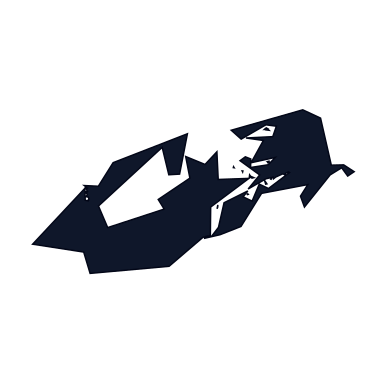 outline of Chepigana, Darién, Panama, rotated 85°
{"feature_id": "35544464B97743116241572", "entity_name": "Chepigana", "entity_type": "district", "adm_level": 2, "iso_a3": "PAN", "parent_name": "Panama", "parent_adm1": "Darién", "projection": "mercator", "projection_center": [-78.199, 8.103], "detail": "medium", "context": "isolated", "style": "filled", "palette": "ink", "viewbox_px": 384, "rotation_deg": 85, "n_neighbors": 0, "source": "geoboundaries", "source_scale": "gbopen_adm2", "svg_char_len": 1954}
<svg xmlns="http://www.w3.org/2000/svg" viewBox="0 0 384 384"><g transform="rotate(85 192 192)"><path d="M197.8,286.4L144.9,217.8L172.8,213.6L173.1,202.8L133.6,191.5L155.9,268.0L178.1,284.8L176.2,298.7L179.4,295.2L178.7,297.5L182.6,295.9L183.0,296.5L182.4,297.4L183.1,298.1L184.8,296.8L185.5,296.5L187.6,298.1L187.5,297.4L187.9,296.5L187.7,296.1L189.1,295.3L191.4,295.8L191.8,296.1L191.7,296.4L191.2,296.5L191.6,297.2L190.9,299.1L179.1,298.5L230.1,355.3L242.4,305.1L264.2,300.6L264.0,221.3L238.0,184.9L236.8,177.5L208.6,174.7L183.4,134.1L181.8,164.8L154.1,163.7L165.7,176.6L156.1,195.2L178.0,192.9L196.5,226.3L206.6,221.2L220.1,279.1L197.8,286.4ZM119.8,74.5L133.9,147.5L143.6,138.4L131.5,112.5L133.8,102.2L143.9,106.7L142.9,133.5L146.9,116.4L168.0,130.6L164.8,106.0L171.5,113.7L172.7,131.5L164.2,130.6L161.6,135.8L165.0,141.4L180.9,123.1L193.9,135.8L185.3,117.2L184.2,109.8L186.0,109.7L184.4,107.3L181.8,99.9L183.2,97.6L181.8,97.5L181.4,96.9L180.3,94.1L181.1,93.1L195.2,115.5L190.0,124.3L206.3,132.9L201.3,141.5L195.8,136.3L205.5,161.0L229.5,168.7L237.9,176.4L239.3,184.2L237.0,167.8L230.6,146.2L199.4,122.8L194.7,76.0L205.6,84.3L216.8,81.3L187.0,52.9L180.9,40.8L189.7,35.5L185.9,28.7L178.2,38.5L177.4,50.9L129.6,57.5L119.8,74.5ZM190.4,116.7L186.9,118.7L190.6,117.9L190.4,116.7ZM182.5,131.6L180.0,133.1L182.7,133.7L182.5,131.6ZM210.9,168.5L209.3,167.7L207.1,167.4L210.9,168.5ZM183.1,129.2L182.1,131.0L183.4,131.0L183.1,129.2ZM199.5,137.6L199.2,136.2L198.7,136.6L199.5,137.6ZM186.2,112.1L185.0,111.2L186.0,112.4L186.2,112.1ZM134.7,112.3L135.6,112.4L135.4,111.3L134.7,112.3ZM136.1,113.0L135.3,113.6L136.0,114.5L136.1,113.0ZM171.5,147.9L170.5,148.4L171.3,148.7L171.5,147.9ZM168.5,114.3L169.3,113.9L168.5,113.2L168.5,114.3ZM137.2,109.9L136.6,110.4L136.9,111.3L137.2,109.9ZM168.9,112.7L168.0,112.7L168.2,113.8L168.7,112.8L169.5,113.7L168.9,112.7ZM176.4,139.8L175.5,139.5L175.4,140.2L176.4,139.8Z" fill="#0f172a" stroke="#020617" stroke-width="1.5"/></g></svg>